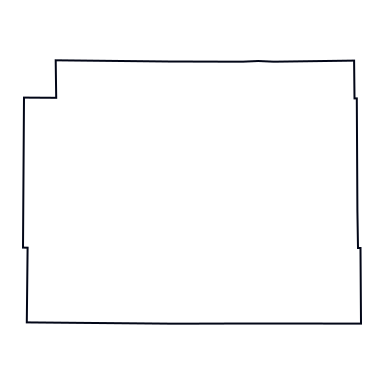 outline of Otter Tail, Minnesota, United States of America
{"feature_id": "52423323B9010393281020", "entity_name": "Otter Tail", "entity_type": "district", "adm_level": 2, "iso_a3": "USA", "parent_name": "United States of America", "parent_adm1": "Minnesota", "projection": "orthographic", "projection_center": [-95.611, 46.412], "detail": "fine", "context": "isolated", "style": "outline", "palette": "ink", "viewbox_px": 384, "rotation_deg": 0, "n_neighbors": 0, "source": "geoboundaries", "source_scale": "gbopen_adm2", "svg_char_len": 351}
<svg xmlns="http://www.w3.org/2000/svg" viewBox="0 0 384 384"><path d="M357.4,210.8L356.8,98.4L354.5,98.4L354.1,60.6L273.9,61.7L258.3,61.0L242.3,61.7L167.9,61.5L55.7,60.3L56.2,97.8L24.0,97.6L23.0,247.6L27.6,247.7L26.8,322.4L174.7,323.7L249.1,323.5L361.0,323.6L360.5,248.0L358.0,248.0L357.4,210.8Z" fill="none" stroke="#020617" stroke-width="2"/></svg>